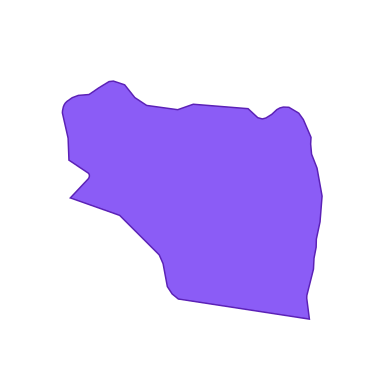 SVG path tracing the border of Merton, rotated 195°
{"feature_id": "GBR-2073", "entity_name": "Merton", "entity_type": "London Borough", "adm_level": 1, "iso_a3": "GBR", "parent_name": "United Kingdom", "parent_adm1": "", "projection": "mercator", "projection_center": [-0.177, 51.408], "detail": "fine", "context": "isolated", "style": "filled", "palette": "violet", "viewbox_px": 384, "rotation_deg": 195, "n_neighbors": 0, "source": "natural_earth", "source_scale": "10m", "svg_char_len": 825}
<svg xmlns="http://www.w3.org/2000/svg" viewBox="0 0 384 384"><g transform="rotate(195 192 192)"><path d="M177.5,85.1L184.8,88.4L191.3,94.2L201.4,115.3L207.4,122.8L255.8,150.7L308.0,154.8L295.6,177.9L295.2,179.3L295.2,180.8L295.7,182.2L296.8,183.3L319.1,190.9L325.6,211.9L337.7,234.9L338.1,237.0L338.3,241.0L338.0,243.2L337.4,245.1L336.2,247.2L332.1,252.1L326.8,255.9L316.7,259.5L308.9,268.6L300.7,277.2L296.6,278.8L284.8,278.1L271.7,268.4L258.2,263.9L227.1,267.8L213.5,277.1L159.4,287.0L147.7,280.8L143.0,280.8L139.9,282.5L135.0,287.7L131.4,293.5L128.8,296.0L125.7,297.7L120.3,298.9L109.3,295.8L103.2,290.8L91.2,275.6L89.8,269.0L86.3,259.5L77.4,247.4L65.3,221.7L60.6,196.3L59.7,178.7L57.8,170.8L57.0,159.6L54.7,148.9L54.3,121.8L53.7,119.1L45.7,99.6L177.5,85.1Z" fill="#8b5cf6" stroke="#5b21b6" stroke-width="1.5"/></g></svg>